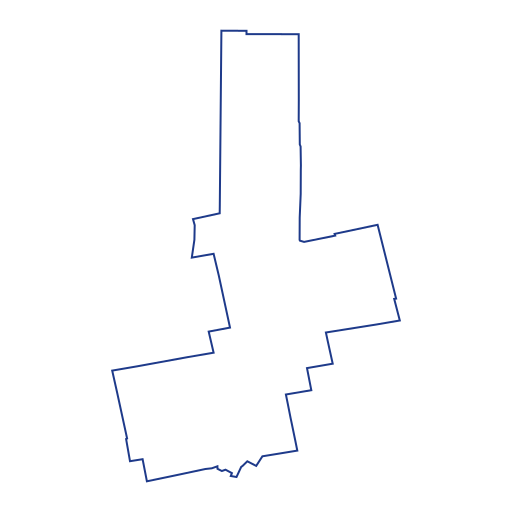 Penobscot, Maine, United States of America (Natural Earth projection)
{"feature_id": "52423323B50427589653668", "entity_name": "Penobscot", "entity_type": "district", "adm_level": 2, "iso_a3": "USA", "parent_name": "United States of America", "parent_adm1": "Maine", "projection": "natural_earth1", "projection_center": [-68.652, 45.52], "detail": "fine", "context": "isolated", "style": "outline", "palette": "blue", "viewbox_px": 512, "rotation_deg": 0, "n_neighbors": 0, "source": "geoboundaries", "source_scale": "gbopen_adm2", "svg_char_len": 987}
<svg xmlns="http://www.w3.org/2000/svg" viewBox="0 0 512 512"><path d="M377.6,224.8L334.6,233.9L335.2,235.6L304.1,241.9L300.0,240.7L299.6,239.9L299.7,217.6L300.7,194.0L300.8,169.9L300.9,165.5L300.6,146.5L299.8,144.5L299.6,123.2L298.7,121.3L298.8,100.3L298.7,34.2L246.5,34.1L246.5,30.8L221.4,30.7L219.8,205.3L219.7,213.3L193.0,219.1L194.7,225.2L194.4,239.8L191.8,257.6L213.6,253.8L218.8,275.6L230.0,327.6L208.7,331.6L213.6,352.7L187.8,357.1L137.3,366.3L112.2,370.6L117.2,392.9L127.1,438.5L126.1,439.0L130.0,461.2L142.6,459.2L146.9,481.3L171.9,476.1L181.4,474.1L205.4,469.0L211.8,468.3L217.4,466.3L217.5,468.8L221.8,471.0L225.5,469.7L231.9,473.1L230.8,476.0L236.5,477.0L241.2,466.9L242.6,465.9L247.3,461.3L256.2,465.9L262.4,456.3L280.3,453.4L297.3,450.6L295.3,440.7L291.6,422.8L290.6,418.1L287.8,403.9L285.9,394.5L311.3,390.2L307.0,368.1L332.7,363.7L327.6,340.5L325.9,332.5L376.4,324.5L399.8,320.5L394.2,298.9L396.1,298.6L377.6,224.8Z" fill="none" stroke="#1e3a8a" stroke-width="2"/></svg>